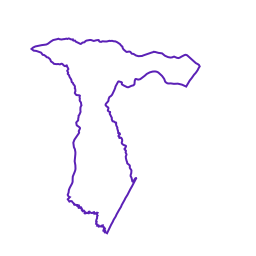 Retalhuleu, Retalhuleu, Guatemala, rotated 260°
{"feature_id": "79465075B31149940203077", "entity_name": "Retalhuleu", "entity_type": "district", "adm_level": 2, "iso_a3": "GTM", "parent_name": "Guatemala", "parent_adm1": "Retalhuleu", "projection": "albers", "projection_center": [-91.907, 14.391], "detail": "fine", "context": "isolated", "style": "outline", "palette": "violet", "viewbox_px": 256, "rotation_deg": 260, "n_neighbors": 0, "source": "geoboundaries", "source_scale": "gbopen_adm2", "svg_char_len": 5692}
<svg xmlns="http://www.w3.org/2000/svg" viewBox="0 0 256 256"><g transform="rotate(260 128 128)"><path d="M158.7,192.5L164.0,197.0L166.1,199.4L169.1,202.4L170.2,203.9L171.5,205.3L173.2,206.9L174.4,207.7L176.2,209.3L177.8,208.8L178.9,207.7L180.1,206.1L187.9,200.0L189.4,198.8L189.9,197.9L190.1,197.3L190.0,196.3L189.0,193.0L188.3,191.2L188.1,189.9L188.6,188.4L190.3,185.8L190.2,185.0L189.9,183.7L190.0,182.1L190.9,179.7L192.7,177.0L193.1,176.6L195.6,174.5L196.7,171.0L198.2,167.9L198.3,167.1L198.6,166.7L198.3,165.6L198.2,164.4L196.8,155.5L196.5,154.4L196.9,150.8L198.0,148.5L200.0,146.3L200.5,144.7L200.9,144.4L202.3,143.7L202.7,143.3L203.1,142.3L203.1,140.0L203.5,139.4L206.2,137.2L208.0,136.6L209.1,136.6L210.6,135.4L212.0,134.7L214.4,132.2L215.5,130.6L215.9,128.9L216.6,127.5L216.8,125.5L217.1,124.9L216.9,122.2L217.2,120.3L217.8,118.1L217.7,117.2L217.5,116.9L217.7,115.5L218.4,114.7L219.0,114.5L219.5,114.5L219.8,114.1L219.9,111.8L219.7,110.1L219.7,109.3L221.0,107.0L221.3,105.9L221.3,102.4L221.0,101.3L220.0,100.0L220.0,98.0L219.1,96.5L219.1,95.7L221.1,93.0L221.9,91.8L222.2,91.5L223.2,91.1L223.5,89.7L223.7,89.3L223.9,89.1L224.8,89.1L225.0,87.8L225.3,87.0L226.2,85.8L226.5,85.0L226.2,83.7L226.7,82.8L226.6,80.9L226.7,79.8L226.7,77.9L227.4,75.8L228.0,75.0L227.8,73.7L227.6,69.6L226.5,66.9L224.9,63.8L224.6,62.8L224.4,61.9L224.6,57.4L224.4,50.9L223.7,48.5L222.6,46.7L220.6,48.5L219.8,51.1L217.4,55.4L217.0,55.7L215.0,56.6L214.7,57.1L214.6,57.8L214.4,58.1L212.8,59.7L211.9,60.1L211.3,61.6L209.4,63.1L209.0,63.3L207.0,63.7L206.5,64.1L205.7,65.1L204.0,66.3L203.3,68.7L203.1,70.5L202.5,71.9L202.5,72.3L202.8,73.1L202.8,73.9L202.3,74.6L200.9,75.5L200.0,76.4L199.8,77.6L200.3,78.1L200.3,78.5L199.6,78.7L198.3,78.9L197.4,79.3L196.5,79.5L196.2,79.4L195.0,78.1L194.6,78.1L193.1,78.7L192.0,78.1L191.7,78.1L190.3,79.1L188.5,79.3L185.6,80.5L183.0,80.6L181.7,81.7L180.5,81.8L179.3,82.6L178.4,82.9L177.7,82.9L176.4,82.5L175.7,82.8L174.1,82.7L173.1,82.5L172.5,82.0L171.7,81.7L170.1,82.4L169.4,83.0L168.6,85.8L168.2,86.2L166.5,85.6L165.3,85.7L163.9,85.2L162.6,85.4L162.0,85.8L161.0,86.1L159.7,86.0L158.4,86.1L157.5,85.3L156.3,84.7L153.9,84.2L152.3,84.1L152.0,84.0L149.5,82.4L148.6,81.4L147.5,81.3L146.2,80.7L144.4,80.3L143.8,79.8L143.3,79.0L142.4,78.0L141.4,77.9L139.5,78.0L137.4,80.1L136.7,80.6L136.3,80.7L135.8,80.6L133.5,79.0L133.1,78.9L132.2,79.1L131.5,78.8L125.8,73.2L123.0,71.6L118.5,71.4L116.4,72.0L113.4,72.0L111.3,71.6L104.5,69.7L100.4,69.7L96.9,69.2L95.5,68.7L93.9,67.8L89.8,65.2L87.7,64.7L84.6,64.1L83.1,63.3L79.3,60.3L77.2,59.0L74.8,58.3L72.6,57.0L71.1,57.5L70.5,58.0L70.0,58.7L68.3,56.3L65.7,57.5L66.0,58.8L65.7,59.9L64.3,60.6L62.7,61.8L62.0,61.6L61.4,62.5L61.5,63.2L61.1,64.0L61.0,64.6L60.1,64.4L59.3,65.2L60.5,65.5L60.2,66.2L59.0,65.8L59.0,66.6L58.8,66.8L58.6,66.8L58.2,65.9L57.9,65.8L57.8,66.6L57.5,67.1L57.9,67.5L57.9,68.1L57.0,68.3L56.2,68.6L55.8,68.6L55.4,68.2L54.1,68.8L53.9,69.0L54.4,69.5L54.4,70.1L53.0,71.0L52.5,70.9L51.7,70.4L51.4,70.6L51.3,71.2L51.7,72.3L51.3,72.8L51.3,73.7L50.8,74.6L50.9,74.8L51.1,74.9L51.6,74.5L52.0,74.5L52.3,74.7L52.3,75.6L51.6,75.9L51.3,76.1L50.6,77.4L50.5,78.4L51.0,79.3L51.0,79.8L50.4,79.7L49.5,79.9L49.6,80.1L49.9,80.2L50.1,80.5L49.7,81.3L49.2,81.5L49.3,82.0L50.0,82.8L49.7,83.3L48.7,82.4L48.1,82.4L47.0,82.9L46.3,82.2L44.6,81.9L43.2,81.0L41.7,80.4L40.8,80.3L40.5,80.4L40.5,80.6L39.2,79.9L38.3,81.0L37.9,81.0L37.3,80.7L37.2,82.0L36.7,82.0L36.2,81.8L35.9,82.1L36.2,83.1L36.1,83.5L35.8,84.0L35.6,84.6L35.9,85.1L36.4,85.2L36.5,86.2L36.0,86.1L35.5,85.8L35.4,86.5L34.9,86.7L34.5,86.6L33.9,86.8L34.0,87.3L33.2,87.7L32.9,87.0L32.7,86.9L32.1,87.4L31.9,87.4L32.1,86.4L31.3,85.9L31.0,85.9L30.8,86.4L31.2,87.4L31.0,87.7L30.6,87.6L29.6,86.9L29.3,87.0L29.4,87.8L29.3,88.0L28.8,88.2L28.0,89.1L35.6,94.5L38.3,96.7L40.1,97.9L43.0,100.5L44.8,101.7L48.5,104.7L51.7,107.5L53.2,108.4L58.0,112.3L59.3,113.2L62.3,115.9L67.5,119.8L70.0,121.9L76.3,126.7L76.9,127.3L77.3,127.2L77.3,126.9L77.0,126.3L74.5,123.9L74.4,123.3L74.7,123.0L78.5,122.8L80.3,122.2L81.6,122.6L82.8,123.3L85.5,124.0L86.1,123.9L87.5,123.2L88.3,122.9L89.1,122.9L90.0,123.2L90.8,123.2L91.9,122.4L93.2,121.2L93.6,121.1L94.6,121.2L95.9,120.9L98.6,120.7L100.2,120.8L102.0,121.9L102.6,121.9L104.3,121.4L105.9,122.0L106.2,121.9L107.4,121.0L108.0,120.9L108.2,121.0L108.4,121.6L109.3,122.1L109.9,122.7L110.5,122.9L110.9,122.7L111.1,122.4L112.1,120.7L113.0,119.8L113.9,119.3L114.9,119.3L115.9,119.9L116.5,120.1L117.6,120.2L118.7,120.0L119.5,119.6L119.8,119.0L119.9,118.8L119.6,118.3L119.7,117.8L119.9,117.7L120.9,117.8L121.6,117.2L122.0,117.3L122.8,118.1L123.1,118.9L123.5,119.0L124.0,118.9L124.4,118.7L124.4,117.8L124.6,117.5L126.9,117.7L127.6,117.5L128.4,117.5L129.3,117.3L130.2,117.6L132.5,116.9L134.1,116.9L134.7,117.2L135.3,117.2L135.6,117.0L135.9,116.0L137.0,115.1L137.2,114.2L137.8,113.8L139.7,113.5L140.4,113.8L141.2,113.8L142.5,113.2L143.2,113.2L144.8,112.5L145.3,112.5L146.5,113.1L146.9,113.1L147.6,111.9L148.5,111.2L149.0,111.2L150.6,112.1L151.6,112.1L153.1,110.6L154.4,109.9L155.2,110.1L155.7,110.5L157.7,113.0L158.2,113.4L160.0,114.0L161.3,114.8L161.7,115.1L162.5,116.8L163.5,118.1L167.7,121.1L169.8,122.4L170.9,122.8L175.3,126.3L175.5,126.8L175.4,127.3L174.9,128.1L174.6,129.0L174.1,129.7L173.8,129.9L172.6,129.5L172.0,129.6L170.6,131.2L168.4,134.2L168.1,135.2L168.2,136.0L168.9,138.6L169.1,140.7L169.3,141.1L170.1,142.0L173.2,142.8L174.0,143.2L174.9,143.9L174.8,144.6L173.9,146.4L173.9,147.5L174.0,148.6L176.5,153.5L178.0,155.9L179.0,159.1L179.2,161.0L179.3,162.4L178.9,164.8L178.4,166.1L177.4,167.5L173.5,170.5L171.5,171.5L169.9,172.2L167.5,172.6L166.6,173.0L165.2,174.5L164.8,175.6L164.5,177.9L163.5,180.9L163.0,184.8L161.3,188.7L158.7,192.5Z" fill="none" stroke="#5b21b6" stroke-width="2"/></g></svg>